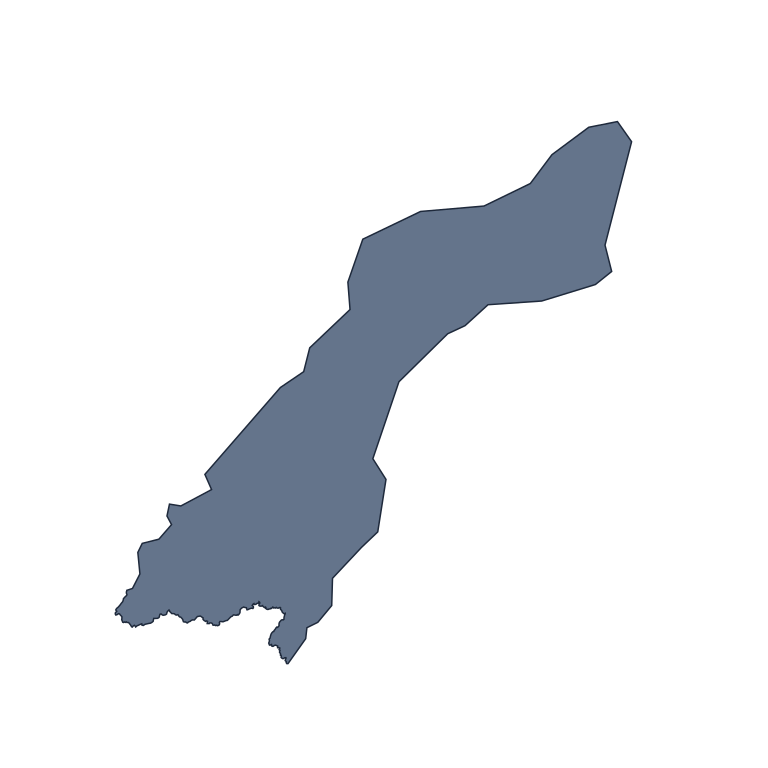 the district of Yambio, Western Equatoria, South Sudan, rotated 41°
{"feature_id": "79223893B76948069319823", "entity_name": "Yambio", "entity_type": "district", "adm_level": 2, "iso_a3": "SSD", "parent_name": "South Sudan", "parent_adm1": "Western Equatoria", "projection": "equal_earth", "projection_center": [28.647, 5.178], "detail": "fine", "context": "isolated", "style": "filled", "palette": "slate", "viewbox_px": 768, "rotation_deg": 41, "n_neighbors": 0, "source": "geoboundaries", "source_scale": "gbopen_adm2", "svg_char_len": 4390}
<svg xmlns="http://www.w3.org/2000/svg" viewBox="0 0 768 768"><g transform="rotate(41 384 384)"><path d="M388.0,32.8L370.1,55.9L360.3,100.7L362.9,136.7L342.7,184.1L298.4,229.8L273.0,288.6L289.9,330.8L309.5,350.1L304.2,405.4L315.3,427.4L308.1,454.6L308.1,569.7L323.1,576.8L310.7,609.3L300.9,615.4L306.8,626.0L315.9,629.5L315.9,648.8L306.1,662.9L308.7,672.6L324.4,687.5L328.3,703.3L325.3,708.4L325.5,708.5L326.0,710.0L327.0,711.0L328.0,711.4L328.4,712.1L328.4,713.3L328.2,714.9L328.2,715.7L328.2,717.0L329.0,718.2L329.6,719.8L329.6,721.9L329.7,723.0L329.8,724.2L329.8,725.4L329.8,726.7L329.5,728.4L329.5,729.2L329.8,730.5L330.6,730.7L331.4,730.8L331.4,731.9L331.4,733.0L332.1,733.9L333.2,734.3L334.1,732.7L334.2,731.6L335.2,731.0L336.4,731.3L337.7,731.4L338.9,731.6L339.8,732.7L340.3,733.3L340.7,734.0L342.2,734.7L343.1,735.2L343.9,734.9L344.2,733.9L345.2,733.6L345.5,732.6L346.5,732.6L347.5,731.7L348.6,731.7L349.4,731.9L350.6,732.1L351.9,732.5L352.8,732.8L353.5,732.6L353.5,731.0L353.9,729.9L355.2,730.0L356.0,730.3L356.3,728.3L356.8,727.5L357.6,725.6L358.5,723.9L359.6,724.8L360.8,724.1L361.3,722.1L362.2,720.9L363.6,719.0L364.7,717.7L365.2,716.3L365.5,714.6L364.6,713.1L364.0,712.0L365.6,710.6L366.6,709.7L367.3,708.4L367.3,707.4L366.3,705.5L366.0,704.8L366.6,703.8L367.9,703.8L369.0,703.5L370.3,701.9L370.7,700.9L370.8,700.1L370.1,699.0L369.8,697.6L370.0,695.6L371.1,695.9L371.5,696.3L372.7,696.3L373.3,696.4L374.5,696.5L375.5,695.6L376.6,694.9L377.9,695.0L378.8,694.7L379.8,693.3L381.1,693.7L382.5,693.9L383.5,693.3L385.4,693.5L386.7,693.8L387.2,694.2L388.2,694.8L388.6,695.0L389.5,694.6L390.4,693.7L391.6,693.7L392.5,693.2L392.5,692.0L393.5,690.2L393.5,689.4L394.2,687.7L395.7,686.5L395.7,684.5L395.7,683.3L395.7,681.9L396.4,681.1L397.5,679.7L398.7,679.4L399.9,679.4L400.9,679.2L401.9,680.4L403.4,680.5L405.1,680.2L405.5,679.2L406.5,678.9L407.1,679.9L407.7,680.8L409.3,679.5L409.3,678.5L410.4,677.7L411.4,677.4L412.4,677.8L413.0,678.2L414.0,677.6L414.3,676.9L415.6,676.7L415.9,675.9L417.1,675.5L417.7,673.9L417.3,672.8L416.2,672.0L416.0,670.9L417.1,670.0L418.5,669.1L419.3,667.6L420.0,666.2L420.8,665.3L421.0,663.8L421.0,662.9L421.1,661.0L421.2,660.0L421.8,658.8L421.8,658.0L421.8,657.1L422.7,656.4L423.5,656.0L424.5,655.1L424.6,654.3L425.3,654.3L425.6,653.9L425.6,652.9L425.5,651.8L425.1,650.7L424.7,650.3L424.2,649.6L423.5,648.7L423.5,647.4L423.7,646.0L424.1,645.2L424.4,644.4L425.7,643.9L426.9,643.1L427.4,643.5L428.2,644.0L428.8,644.3L429.3,643.6L430.1,641.7L430.5,641.1L430.9,640.4L431.6,639.7L432.3,639.5L432.3,638.7L431.9,638.1L431.3,637.6L429.8,637.6L429.7,636.8L429.6,636.0L429.9,635.0L430.7,635.5L431.4,635.0L432.0,633.8L432.0,633.1L432.7,632.2L432.7,631.2L432.4,630.3L433.3,630.3L434.0,630.8L434.2,632.1L434.9,633.2L435.6,633.2L436.2,632.9L437.2,632.1L437.7,631.0L437.9,631.2L438.7,631.2L439.9,631.2L440.8,631.0L440.8,630.2L441.4,630.1L441.9,631.0L443.2,630.9L444.1,630.5L444.7,629.8L444.8,629.3L445.7,628.3L445.7,627.6L446.4,627.2L446.4,626.5L446.4,625.3L447.0,625.2L447.7,625.4L448.0,624.8L449.0,624.4L449.2,623.3L450.2,623.3L451.3,622.5L451.6,621.6L452.2,620.8L452.8,620.8L453.2,621.6L454.0,622.0L455.2,622.0L456.1,622.5L457.1,623.0L458.7,623.0L459.4,622.9L459.9,621.9L460.3,622.4L460.4,623.3L461.2,624.7L461.5,625.5L462.2,626.4L462.9,627.3L462.6,628.3L461.8,628.7L461.4,629.6L461.4,630.3L461.4,631.2L461.4,632.3L461.8,633.4L462.7,634.6L463.4,635.2L463.4,635.9L463.4,637.5L462.6,637.7L462.5,639.0L462.8,640.5L462.8,641.6L462.8,642.3L463.2,643.1L462.7,643.8L462.6,645.2L462.8,646.6L463.3,647.9L464.0,649.3L464.7,650.5L464.6,651.3L464.7,652.0L465.7,652.6L466.4,653.7L467.0,655.2L467.7,655.5L468.5,656.1L469.3,656.0L469.6,655.2L470.0,654.4L470.4,654.7L471.4,655.4L472.3,654.9L472.6,654.1L472.8,653.1L473.5,652.2L474.8,651.8L475.6,651.5L476.2,652.3L476.7,652.8L477.4,652.1L478.5,651.6L478.9,652.1L478.9,653.1L479.3,653.4L480.2,653.2L480.5,653.8L481.0,654.9L481.6,655.2L482.5,655.2L483.2,655.9L483.8,656.6L484.4,656.3L485.2,657.0L485.8,657.9L486.7,657.9L487.8,657.7L488.3,657.1L488.7,655.6L489.5,654.9L490.0,655.3L490.4,656.6L490.9,657.6L492.4,657.6L493.0,658.5L494.1,658.8L495.0,658.0L492.0,627.6L485.7,618.5L490.4,607.3L489.9,585.5L472.6,564.4L474.2,522.2L476.3,499.7L448.1,454.7L424.6,447.7L393.8,372.5L399.1,304.3L406.9,286.8L410.5,255.9L448.6,217.9L478.3,170.2L482.0,149.7L459.7,134.2L411.9,38.7L388.0,32.8Z" fill="#64748b" stroke="#1e293b" stroke-width="1.5"/></g></svg>